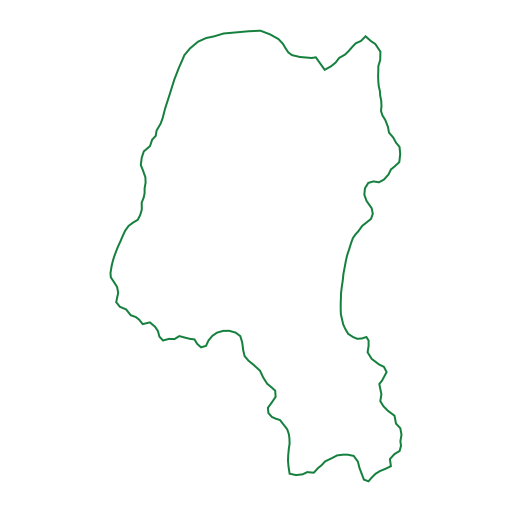 the district of Cairu, Bahia, Brazil
{"feature_id": "56859067B59177199809142", "entity_name": "Cairu", "entity_type": "district", "adm_level": 2, "iso_a3": "BRA", "parent_name": "Brazil", "parent_adm1": "Bahia", "projection": "orthographic", "projection_center": [-38.973, -13.524], "detail": "fine", "context": "isolated", "style": "outline", "palette": "green", "viewbox_px": 512, "rotation_deg": 0, "n_neighbors": 0, "source": "geoboundaries", "source_scale": "gbopen_adm2", "svg_char_len": 2855}
<svg xmlns="http://www.w3.org/2000/svg" viewBox="0 0 512 512"><path d="M315.8,57.3L311.8,58.0L300.0,57.0L291.9,55.1L288.3,52.4L285.3,47.9L282.9,43.8L278.5,39.1L269.9,34.3L260.4,30.7L248.0,31.3L238.2,32.2L223.6,33.5L213.6,36.5L206.2,38.0L198.0,41.7L190.0,48.4L184.4,55.1L181.9,61.0L179.0,67.5L174.3,79.6L168.9,96.8L166.5,104.2L165.0,108.9L162.7,118.0L160.7,123.5L156.6,130.5L155.7,135.9L152.2,139.6L150.0,146.1L143.8,151.4L141.7,157.8L140.8,165.0L143.1,170.8L145.4,177.3L145.6,182.6L144.6,188.4L144.6,193.3L143.7,197.6L141.7,202.6L141.8,209.6L140.2,215.0L137.8,219.8L132.9,222.7L128.6,225.9L125.2,230.6L122.5,236.4L120.2,241.9L118.3,245.9L116.6,250.1L114.8,254.8L113.0,260.3L111.7,265.6L110.5,272.9L110.8,277.3L114.0,282.1L117.1,287.0L118.2,292.9L117.1,297.8L116.2,302.2L119.9,306.8L126.1,309.4L130.7,315.2L135.7,317.0L139.0,319.5L142.7,324.1L149.9,322.4L155.1,326.8L157.9,331.0L159.4,336.6L163.0,340.5L168.9,338.9L174.5,339.1L179.3,336.1L185.3,337.7L190.1,338.9L194.5,339.4L197.1,343.8L201.0,347.3L206.0,345.9L208.5,340.5L212.3,335.9L216.9,332.7L223.1,330.9L229.2,330.8L235.6,332.6L240.3,336.1L242.2,342.4L243.2,350.2L244.6,356.1L248.4,360.6L253.9,365.1L260.0,370.7L263.2,377.5L267.2,383.8L271.5,387.3L275.2,390.7L275.6,396.8L272.2,401.9L267.9,407.8L268.4,413.0L271.9,417.0L275.8,418.7L279.9,420.0L283.1,424.0L287.2,429.3L288.8,434.0L289.4,438.2L289.6,443.6L288.8,448.9L288.2,455.4L288.0,460.7L288.5,466.5L289.6,473.7L296.0,475.1L302.8,474.3L307.2,472.1L313.8,472.7L318.1,468.0L321.7,465.1L325.1,461.4L331.8,458.2L337.1,455.4L342.9,454.7L347.8,454.7L353.7,455.9L357.9,461.7L359.5,468.0L362.1,474.9L363.9,479.6L368.5,481.3L371.4,477.9L375.5,473.8L380.1,471.0L385.7,468.7L390.9,466.2L389.9,459.1L394.5,454.0L399.6,451.0L401.0,445.9L400.4,441.2L401.5,434.7L400.3,428.2L396.0,423.6L394.5,415.7L387.9,410.8L383.4,406.2L380.3,401.2L381.4,394.2L380.4,389.4L379.3,384.0L382.1,380.5L386.6,372.1L383.9,366.8L379.1,364.5L371.7,358.9L367.6,352.3L368.6,345.9L368.6,340.6L366.4,337.0L361.8,338.5L357.2,338.8L353.0,337.0L348.1,333.8L345.0,328.4L343.2,324.4L340.9,314.4L340.7,309.4L340.7,303.0L340.9,298.4L341.0,293.5L341.8,286.8L342.8,280.1L343.4,274.0L344.8,266.6L345.9,260.7L347.1,255.4L349.1,249.4L351.1,243.0L352.9,238.1L355.5,234.4L358.4,231.2L362.2,225.9L366.6,222.4L371.0,218.9L372.8,213.8L371.7,208.3L366.6,201.0L364.3,194.7L365.0,188.2L368.3,182.9L373.5,181.4L378.9,182.3L383.9,179.6L388.5,174.5L391.0,169.4L395.0,166.1L399.3,162.1L400.2,154.0L399.5,146.8L396.1,142.8L393.2,137.5L389.0,132.6L388.0,127.1L385.3,120.0L382.4,115.4L381.0,110.9L381.5,105.9L381.2,100.7L380.2,95.6L379.9,91.0L378.8,86.6L378.3,81.5L378.1,76.3L378.3,71.0L378.3,66.3L380.2,60.0L380.4,51.7L375.3,44.0L370.8,41.0L365.6,36.3L360.9,41.0L355.7,43.3L352.2,47.0L348.7,51.0L345.0,54.6L339.2,57.9L335.6,62.6L331.0,66.3L324.7,69.8L315.8,57.3Z" fill="none" stroke="#15803d" stroke-width="2"/></svg>